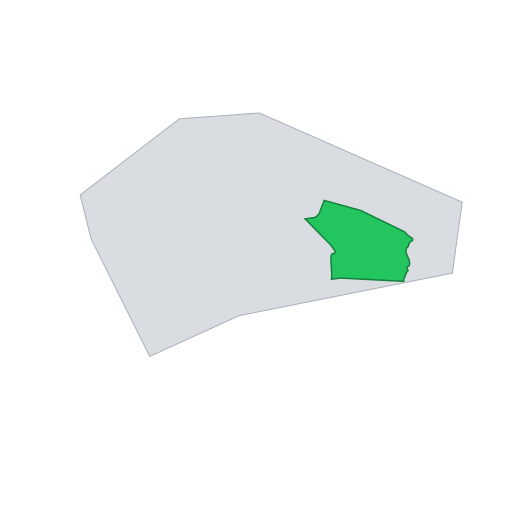 Barbados, with Saint Andrew highlighted, rotated 115°
{"feature_id": "BRB-1990", "entity_name": "Saint Andrew", "entity_type": "Parish", "adm_level": 1, "iso_a3": "BRB", "parent_name": "Barbados", "parent_adm1": "", "projection": "natural_earth1", "projection_center": [-59.584, 13.25], "detail": "fine", "context": "in_parent", "style": "filled", "palette": "green", "viewbox_px": 512, "rotation_deg": 115, "n_neighbors": 0, "source": "natural_earth", "source_scale": "10m", "svg_char_len": 1047}
<svg xmlns="http://www.w3.org/2000/svg" viewBox="0 0 512 512"><g transform="rotate(115 256 256)"><path d="M310.4,412.5L275.0,441.2L164.0,383.4L125.0,313.5L120.1,91.9L188.5,70.8L317.1,246.0L391.9,309.9L310.4,412.5Z" fill="#d9dde1" stroke="#a8b0b8" stroke-width="1"/><path d="M216.5,111.4L240.3,170.1L245.2,177.9L242.3,178.7L226.7,187.1L222.9,188.3L221.4,187.4L221.0,187.1L220.6,186.3L220.3,186.0L220.0,185.8L219.5,185.7L219.0,185.8L218.3,186.0L214.4,193.1L201.6,227.2L196.0,218.6L191.5,216.7L176.8,217.7L170.5,180.4L171.3,131.5L172.9,127.7L174.1,121.4L174.8,121.1L175.3,120.8L175.6,120.7L175.9,120.8L176.3,121.0L176.7,121.4L177.5,121.9L178.3,122.2L179.4,122.6L180.0,122.6L180.6,122.4L181.1,122.2L181.7,122.2L182.7,122.3L183.0,122.3L183.4,122.2L183.7,122.2L184.2,122.3L184.9,122.9L186.8,122.7L189.7,121.3L195.0,115.5L197.8,113.6L199.6,113.0L200.2,113.4L200.9,113.6L201.3,113.7L201.7,114.1L202.3,114.2L203.0,114.1L205.1,112.0L205.3,112.0L205.5,112.1L207.2,112.6L214.4,112.3L216.5,111.4Z" fill="#22c55e" stroke="#15803d" stroke-width="1.5"/></g></svg>